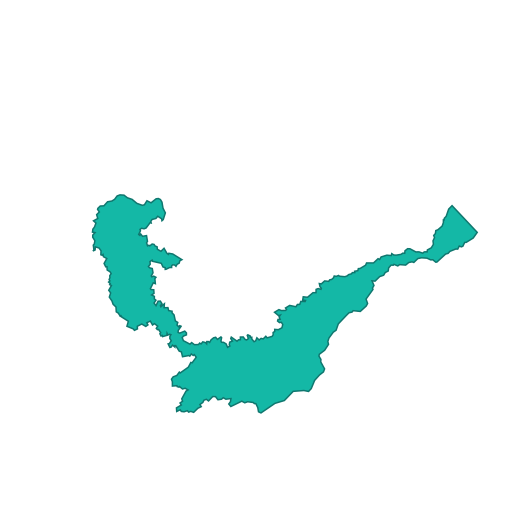 outline of Montelíbano, Córdoba, Colombia, rotated 222°
{"feature_id": "7082276B48843599795866", "entity_name": "Montelíbano", "entity_type": "district", "adm_level": 2, "iso_a3": "COL", "parent_name": "Colombia", "parent_adm1": "Córdoba", "projection": "orthographic", "projection_center": [-75.7, 7.765], "detail": "fine", "context": "isolated", "style": "filled", "palette": "teal", "viewbox_px": 512, "rotation_deg": 222, "n_neighbors": 0, "source": "geoboundaries", "source_scale": "gbopen_adm2", "svg_char_len": 6159}
<svg xmlns="http://www.w3.org/2000/svg" viewBox="0 0 512 512"><g transform="rotate(222 256 256)"><path d="M402.6,191.5L405.2,188.9L405.4,185.6L404.9,184.6L401.9,183.9L402.1,180.1L398.7,178.0L400.3,173.4L397.0,173.4L395.4,169.4L395.2,166.8L393.5,164.3L391.3,165.7L391.3,162.3L389.9,160.7L385.9,159.5L384.2,156.6L384.2,155.2L380.6,152.1L380.5,150.6L379.6,152.8L381.5,155.3L378.0,156.9L374.7,156.2L372.1,153.1L370.9,153.6L370.7,154.8L368.9,153.4L365.2,154.3L363.9,148.8L360.4,147.4L359.6,148.3L357.2,146.0L353.9,146.6L351.9,146.0L351.5,143.5L350.0,142.1L349.4,140.2L347.9,139.7L348.1,138.0L345.9,138.0L345.6,136.8L343.7,137.3L342.5,132.0L339.3,131.3L337.5,127.3L333.0,126.2L329.9,124.5L325.9,124.4L322.5,121.0L320.2,121.4L316.8,120.5L316.5,121.3L315.8,121.1L316.1,120.6L307.2,122.1L304.9,117.4L298.4,119.7L296.6,119.4L295.3,122.5L297.2,124.3L295.4,129.0L290.8,129.9L290.2,132.5L292.5,133.3L291.0,136.9L286.7,135.5L286.2,137.8L282.1,138.1L281.7,135.5L280.0,135.3L279.2,136.2L275.5,135.2L275.4,133.9L273.1,133.0L272.6,134.2L271.5,133.6L269.1,137.4L270.3,139.0L268.6,138.3L267.8,140.1L266.6,140.6L266.3,138.8L264.8,137.0L262.3,136.3L261.8,133.0L262.5,131.9L258.8,130.4L258.1,131.5L258.4,133.9L255.5,134.0L256.5,134.9L255.7,135.7L249.4,133.9L247.3,134.8L243.2,132.0L239.3,137.1L238.2,137.3L238.5,139.9L236.1,140.1L235.9,141.4L232.7,140.8L232.0,133.9L233.2,133.3L231.9,128.1L234.1,118.3L235.3,118.4L234.9,114.2L236.7,110.8L236.4,107.9L234.0,106.6L231.1,103.4L228.0,106.7L227.2,106.2L225.5,107.0L225.5,107.8L221.6,108.0L220.2,110.3L216.9,111.0L217.6,108.8L215.6,100.2L213.4,98.9L214.1,95.9L211.8,95.3L213.5,89.9L210.9,87.4L209.4,91.0L207.5,90.5L205.2,92.1L203.5,95.1L201.6,94.9L200.5,96.9L197.7,98.1L197.3,104.0L195.9,107.4L198.3,108.1L197.5,111.6L198.2,114.0L197.0,116.3L194.3,116.5L194.1,122.6L192.0,124.4L188.1,123.7L185.8,126.5L185.5,128.8L182.6,129.4L179.2,133.3L177.5,130.6L177.2,127.8L174.0,127.3L169.4,138.6L166.1,139.4L164.7,142.1L160.0,145.3L158.5,145.2L157.3,146.2L153.2,144.5L149.9,141.9L147.3,142.7L143.3,159.2L138.2,167.6L137.8,180.3L130.4,188.1L126.3,190.5L126.2,194.4L129.2,202.8L129.2,210.1L128.3,215.0L129.5,218.0L137.0,220.6L138.6,222.6L142.2,223.7L143.2,225.3L141.9,231.9L143.0,238.9L145.4,240.5L146.9,243.9L147.6,251.1L146.8,254.4L149.4,260.6L149.1,272.3L148.9,276.0L147.1,278.6L147.2,280.4L141.4,284.6L140.6,292.5L141.3,295.4L145.4,297.6L146.7,309.4L148.0,310.1L148.6,313.0L153.2,315.2L150.7,317.0L150.3,323.5L148.3,327.1L148.9,330.2L147.7,333.3L149.5,336.0L149.5,339.6L147.8,341.1L147.9,342.1L144.0,343.5L143.5,345.7L138.7,349.4L138.1,353.4L136.1,356.1L134.4,356.8L134.0,362.4L131.8,365.4L127.5,368.8L123.6,370.0L122.1,371.5L118.2,371.7L117.5,372.6L116.4,384.3L115.0,386.5L115.0,389.2L112.2,394.9L110.7,396.1L111.6,399.4L109.5,400.2L108.8,401.7L110.0,405.7L108.9,406.8L106.6,414.7L107.4,421.6L144.0,424.6L144.2,419.8L141.2,412.7L141.3,410.0L140.3,408.7L140.9,408.2L139.1,406.2L137.7,402.8L138.4,397.2L139.4,395.2L137.7,392.7L137.7,390.2L135.6,389.1L134.6,385.7L132.0,383.4L131.2,379.4L132.7,375.2L131.6,373.6L133.7,371.7L134.0,369.7L137.7,368.1L139.9,366.0L146.4,364.4L148.2,362.9L148.8,359.6L147.3,357.5L148.8,356.4L149.3,354.3L152.5,350.3L154.4,348.9L156.7,348.6L155.8,346.8L159.3,344.2L162.4,339.0L161.8,336.1L163.5,335.7L164.0,329.5L169.2,324.8L168.4,322.5L170.3,316.4L171.5,315.1L170.5,313.2L172.5,310.7L171.5,309.8L173.3,308.1L173.1,306.7L174.7,304.2L175.0,302.1L176.1,300.1L180.5,296.8L181.6,296.8L182.7,294.6L184.5,293.5L183.8,291.7L184.1,289.2L185.3,287.6L185.0,285.8L188.3,283.4L188.8,279.0L190.5,277.9L187.9,276.0L185.8,275.7L185.4,274.7L188.0,273.4L189.0,271.4L186.9,268.9L189.1,266.9L190.1,259.8L193.6,257.3L191.8,254.5L189.4,256.1L189.0,255.1L192.3,252.2L191.1,249.3L192.8,247.7L192.4,245.0L197.9,241.8L199.3,237.1L197.6,236.8L197.6,235.3L200.7,232.4L203.1,231.5L204.6,226.6L199.2,226.8L198.4,228.3L198.1,226.3L195.7,225.1L197.2,223.6L196.5,222.1L194.0,222.2L192.8,223.7L190.3,223.0L188.7,220.0L190.1,216.2L193.0,214.0L191.6,212.5L192.1,210.6L190.5,208.9L190.2,207.1L193.0,202.6L195.0,202.9L195.2,199.2L197.1,198.2L197.5,195.7L200.6,195.8L199.5,192.8L200.1,191.0L203.5,191.5L204.8,192.8L205.8,191.7L206.7,192.7L209.3,192.0L209.4,191.2L206.4,189.5L206.8,187.3L208.2,186.7L211.3,187.3L213.4,185.3L211.6,183.3L212.9,182.0L213.1,180.0L220.1,179.2L219.5,177.7L216.6,177.0L217.9,174.4L216.5,172.2L215.2,171.6L216.0,169.1L219.4,170.7L222.4,170.1L223.9,168.8L225.1,169.3L226.9,172.3L227.9,172.4L228.9,168.2L231.6,168.6L232.8,166.8L233.3,163.6L232.6,160.7L234.1,160.6L235.3,159.5L233.9,157.7L235.5,157.9L238.1,156.6L238.0,153.9L239.6,153.6L239.5,151.7L242.4,148.9L245.9,148.6L246.1,146.3L253.3,144.5L256.3,146.0L256.3,148.0L254.9,150.8L256.2,152.3L258.7,152.5L261.1,147.6L262.8,147.1L264.0,148.7L264.6,153.5L266.0,153.3L266.2,152.7L265.4,153.2L265.7,151.7L268.5,151.8L269.7,154.3L272.5,153.8L277.5,157.4L280.4,157.6L281.4,158.8L284.4,157.0L286.9,158.7L289.7,156.1L292.1,159.2L292.7,154.6L293.8,155.1L293.9,157.6L296.9,158.5L298.5,156.9L297.1,152.2L300.3,152.8L300.8,156.2L302.9,156.1L304.5,158.0L307.5,157.2L306.8,160.0L309.4,162.5L311.6,160.8L312.6,161.0L314.4,167.3L312.3,168.1L316.0,171.5L316.1,173.2L318.5,172.6L319.5,170.8L320.5,171.1L321.3,174.6L324.7,177.3L327.2,176.0L328.9,176.2L329.1,179.1L331.1,180.9L330.4,183.4L329.4,182.8L321.5,187.2L317.8,185.6L315.7,186.6L314.5,185.3L314.0,185.9L312.5,189.6L311.0,191.0L312.2,192.4L312.0,193.7L310.4,194.9L308.6,194.8L309.1,197.0L308.3,199.3L309.4,201.4L308.6,203.7L319.2,201.8L322.6,199.7L322.2,198.6L324.0,198.4L329.5,200.2L329.8,195.9L333.8,195.0L335.7,196.7L337.6,195.9L339.5,196.4L341.2,195.4L341.7,192.5L342.8,192.3L343.4,191.0L346.2,192.6L346.4,194.2L351.0,197.9L353.5,194.7L356.4,195.2L356.1,193.6L357.6,193.5L358.7,197.4L360.0,198.1L359.6,200.0L357.4,201.3L356.4,203.2L357.0,209.9L356.0,210.4L357.3,211.3L357.7,213.6L355.5,216.9L355.6,219.8L351.1,220.5L349.5,219.3L349.3,221.0L352.2,227.4L357.1,229.3L361.9,233.1L364.8,234.0L367.0,233.4L368.5,231.7L369.6,225.3L374.0,224.1L373.2,219.4L374.4,217.6L379.8,215.4L385.9,215.2L390.6,213.2L394.8,212.9L398.0,210.4L399.4,207.7L399.0,203.5L399.9,200.4L402.6,197.0L402.6,191.5Z" fill="#14b8a6" stroke="#0f766e" stroke-width="1.5"/></g></svg>